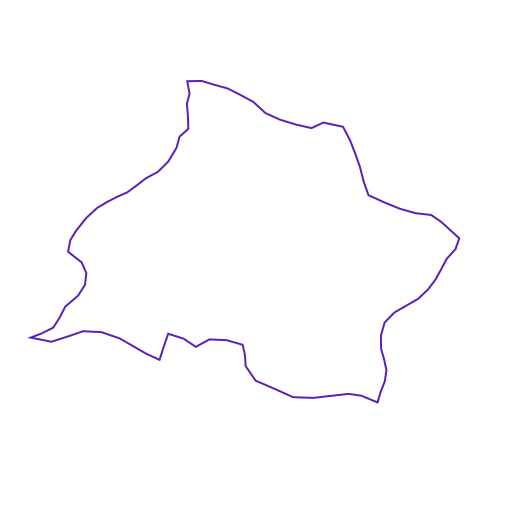 Santa Rita de Minas, Minas Gerais, Brazil, rotated 289°
{"feature_id": "56859067B52773915344075", "entity_name": "Santa Rita de Minas", "entity_type": "district", "adm_level": 2, "iso_a3": "BRA", "parent_name": "Brazil", "parent_adm1": "Minas Gerais", "projection": "equal_earth", "projection_center": [-42.126, -19.875], "detail": "fine", "context": "isolated", "style": "outline", "palette": "violet", "viewbox_px": 512, "rotation_deg": 289, "n_neighbors": 0, "source": "geoboundaries", "source_scale": "gbopen_adm2", "svg_char_len": 1257}
<svg xmlns="http://www.w3.org/2000/svg" viewBox="0 0 512 512"><g transform="rotate(289 256 256)"><path d="M157.1,418.6L168.1,418.1L179.1,418.6L190.3,416.6L199.5,411.1L209.0,404.5L221.5,400.0L235.0,399.3L247.7,405.3L257.8,414.1L268.1,423.1L280.4,429.6L292.4,433.4L303.6,435.4L315.3,437.2L327.5,442.4L338.9,442.4L344.1,430.4L348.6,419.8L351.8,408.3L348.4,392.8L347.5,376.9L348.4,360.6L350.1,342.6L361.1,333.8L374.0,325.3L384.5,317.0L396.1,307.2L406.5,296.2L404.1,276.3L395.0,266.8L393.3,251.2L392.7,234.4L394.2,218.4L400.9,203.1L403.2,188.8L405.2,174.7L404.3,161.2L403.8,147.6L398.9,134.1L387.9,140.3L377.4,141.1L366.2,146.1L354.2,150.6L344.1,144.9L332.4,145.6L316.8,142.3L303.6,135.8L293.9,126.8L284.3,120.5L274.2,113.5L267.5,106.2L258.9,97.9L249.8,90.2L236.7,83.1L220.4,77.4L210.5,75.3L198.9,76.9L193.1,93.4L184.5,101.2L173.1,103.7L160.6,100.7L146.2,92.2L132.8,90.2L122.3,87.6L113.1,78.6L105.5,69.6L108.3,90.4L119.7,105.7L128.5,116.8L133.7,134.6L133.7,153.9L130.7,169.4L127.9,183.8L126.4,198.6L139.3,198.3L153.9,198.3L154.3,214.4L150.5,228.7L161.9,239.0L166.8,255.3L167.7,272.3L159.1,277.6L148.5,282.1L138.0,296.2L136.5,316.2L134.6,337.1L140.4,356.1L149.0,374.2L155.8,388.5L158.2,401.3L157.1,418.6Z" fill="none" stroke="#5b21b6" stroke-width="2"/></g></svg>